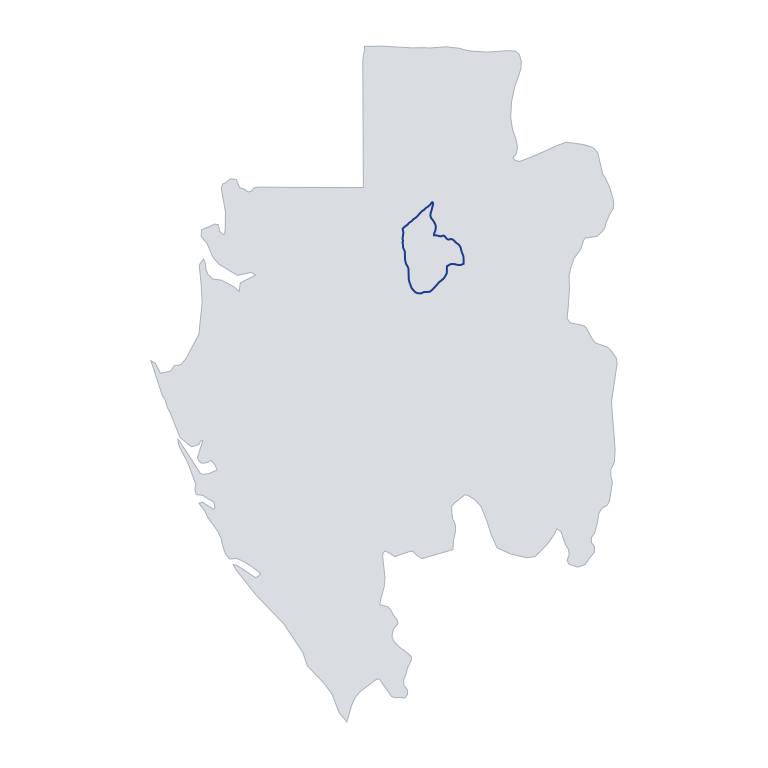 Mvoung, Ogooué-Ivindo, Gabon shown in context
{"feature_id": "22940354B15845982668686", "entity_name": "Mvoung", "entity_type": "district", "adm_level": 2, "iso_a3": "GAB", "parent_name": "Gabon", "parent_adm1": "Ogooué-Ivindo", "projection": "equal_earth", "projection_center": [12.149, 0.446], "detail": "fine", "context": "in_parent", "style": "outline", "palette": "blue", "viewbox_px": 768, "rotation_deg": 0, "n_neighbors": 0, "source": "geoboundaries", "source_scale": "gbopen_adm2", "svg_char_len": 5268}
<svg xmlns="http://www.w3.org/2000/svg" viewBox="0 0 768 768"><path d="M521.3,61.4L520.9,69.0L514.5,87.6L511.5,101.9L510.7,117.2L512.5,129.5L515.6,138.2L517.6,147.8L516.0,154.4L513.0,157.3L515.1,160.6L519.7,161.4L527.7,158.5L539.8,153.4L555.8,146.1L566.3,142.1L583.6,144.6L592.9,147.4L597.7,152.6L602.8,174.5L605.3,177.8L609.5,187.1L613.0,198.3L613.8,204.0L613.4,208.1L609.8,214.2L605.9,223.1L604.5,228.5L601.2,232.5L597.0,236.4L585.4,238.0L583.6,240.3L580.4,249.8L574.3,257.9L571.5,265.5L569.0,275.6L569.5,288.1L568.3,306.2L567.0,318.4L570.1,322.7L583.9,325.7L586.6,328.1L590.3,335.7L595.0,342.8L607.7,347.3L612.6,352.7L616.6,358.7L617.1,363.6L614.2,383.2L611.5,402.0L612.5,416.3L613.6,430.0L615.1,450.0L614.4,462.1L610.8,469.5L610.8,475.4L612.4,482.4L609.3,501.8L607.2,505.1L601.5,508.7L598.6,513.9L597.6,522.1L594.6,533.3L591.4,537.4L591.4,542.6L594.4,546.4L594.4,552.2L588.7,559.2L585.3,564.5L577.8,567.1L569.1,564.3L567.1,560.5L569.2,554.4L568.5,549.6L565.5,544.6L560.9,531.5L556.8,528.8L554.5,534.1L547.5,544.0L535.1,556.7L526.4,557.7L510.4,553.9L497.0,547.8L490.6,532.9L486.7,520.6L481.0,506.3L474.5,499.5L467.6,495.2L464.6,494.9L454.7,502.9L451.8,506.0L451.8,512.7L452.7,518.9L454.3,521.9L455.5,525.9L455.3,532.1L453.5,540.4L452.9,549.6L422.1,558.6L416.8,555.3L412.9,551.2L408.3,551.9L394.9,556.6L390.0,553.4L385.1,551.0L382.9,553.0L382.7,556.9L385.0,578.4L384.2,586.7L381.2,597.4L379.7,604.7L387.8,606.7L390.8,610.1L393.7,615.5L397.6,620.6L397.9,623.6L393.4,629.3L391.9,636.2L394.0,641.6L399.6,647.3L407.7,653.2L411.6,657.0L411.2,660.5L407.5,668.0L406.0,674.4L403.5,680.1L404.0,685.4L407.7,690.3L407.3,694.7L404.8,698.1L399.7,697.4L395.5,697.8L391.6,696.5L379.6,679.4L377.0,678.9L359.6,692.0L355.2,697.4L351.7,705.2L346.8,721.9L338.9,712.2L332.1,694.3L324.1,683.4L307.3,665.6L302.9,652.6L283.7,623.8L256.1,595.1L236.2,570.1L233.2,564.6L236.6,565.2L255.8,577.7L258.4,576.3L260.6,573.5L252.3,567.0L244.4,561.8L237.0,558.6L229.5,558.9L225.3,553.6L222.6,545.6L221.2,538.7L217.9,531.5L207.4,516.7L204.8,511.0L199.0,503.2L202.5,502.2L213.9,509.6L214.9,506.7L213.9,502.3L202.5,495.2L196.3,494.7L194.9,489.8L195.8,484.0L187.6,462.4L179.1,446.3L177.8,438.6L200.6,473.7L203.7,474.3L207.7,474.0L217.1,470.1L215.3,465.4L211.1,460.4L206.9,462.7L201.6,463.2L198.8,461.0L197.5,457.4L202.9,440.4L200.5,441.2L198.8,444.3L195.9,445.7L191.3,446.6L180.1,437.5L170.2,412.8L167.6,407.8L164.9,399.2L162.3,395.6L150.9,360.6L155.3,363.2L160.4,373.3L170.5,371.2L174.5,365.3L177.9,365.5L181.4,364.2L185.9,358.7L198.8,334.5L202.2,302.7L201.1,283.7L199.2,265.0L203.5,259.0L205.2,262.9L206.0,269.6L208.0,274.5L212.6,279.0L221.2,280.1L234.4,287.1L239.1,291.5L240.4,282.7L255.7,275.1L251.1,272.4L237.5,275.4L218.9,264.2L212.8,257.0L207.0,243.4L201.1,236.3L201.5,229.9L214.8,224.1L218.3,224.7L219.8,231.7L223.4,234.6L224.7,233.7L225.3,227.7L225.4,211.6L221.3,188.6L222.5,184.1L226.2,182.5L229.5,179.5L231.7,178.9L236.2,179.5L238.5,184.8L239.7,187.8L244.3,189.1L248.0,192.0L251.3,191.2L253.9,187.9L257.9,187.2L270.0,187.2L281.0,187.3L302.9,187.4L324.9,187.5L346.8,187.6L363.3,187.6L363.3,174.5L363.2,154.2L363.1,130.2L363.0,107.2L362.9,85.9L362.8,60.7L363.7,53.5L364.8,50.5L364.4,46.4L381.4,46.1L412.1,47.9L425.5,47.7L429.3,48.0L446.1,46.8L459.7,48.3L465.4,50.1L470.6,51.0L486.9,52.1L508.2,50.7L515.4,51.1L519.4,54.6L521.3,61.4Z" fill="#d9dde1" stroke="#a8b0b8" stroke-width="1"/><path d="M432.2,202.2L431.4,203.0L430.4,204.4L429.3,205.5L427.8,206.7L425.6,208.2L423.9,210.0L422.8,210.6L421.9,211.2L420.1,213.1L416.8,216.8L414.8,218.4L413.5,219.1L412.5,220.3L411.7,221.1L410.3,222.0L409.0,222.9L407.8,224.4L406.3,225.6L404.8,226.6L403.3,228.0L402.7,228.6L402.8,229.3L402.9,230.7L403.2,231.6L403.4,232.7L403.2,234.0L403.0,235.3L402.9,236.7L402.6,237.6L402.5,238.5L402.6,239.3L402.9,240.0L403.1,240.9L402.9,241.6L402.5,242.3L402.6,243.3L402.9,244.0L403.0,244.9L403.0,246.4L403.0,246.8L403.1,247.6L403.5,248.4L404.1,249.9L404.8,251.4L404.9,253.3L404.9,255.4L405.0,256.9L405.0,258.1L405.1,259.5L405.3,261.1L405.7,262.6L406.2,264.1L407.2,265.9L408.0,267.3L408.5,269.0L408.7,276.7L408.8,279.4L409.3,281.7L410.3,284.5L410.9,286.2L411.7,288.2L413.2,290.0L414.8,291.7L415.9,292.5L417.3,293.1L419.1,293.3L421.2,293.4L422.5,292.8L423.6,292.1L425.8,292.0L428.2,291.9L429.6,291.8L430.9,290.9L432.5,289.5L436.4,285.4L439.3,281.9L440.3,281.3L441.5,280.5L442.3,279.4L443.1,279.2L444.2,277.8L446.4,274.1L446.8,273.0L446.9,269.1L446.9,267.0L447.0,266.1L448.3,265.5L449.0,265.0L450.5,264.2L451.7,264.0L454.2,264.1L455.3,264.2L455.9,264.6L457.8,264.9L459.8,265.0L461.2,264.9L462.4,264.2L463.6,263.8L463.6,259.0L463.4,256.5L463.1,255.4L462.4,253.7L461.7,251.8L461.0,249.3L460.8,248.1L460.1,246.5L459.3,245.2L458.6,244.6L457.6,243.7L456.6,243.1L455.5,242.2L454.6,241.1L453.4,240.0L452.0,239.2L451.0,239.0L450.0,239.2L449.3,239.5L448.1,239.5L446.8,238.8L445.8,237.7L445.1,236.7L444.2,235.8L443.1,235.6L442.5,235.7L441.5,236.3L440.8,236.3L438.9,236.1L437.9,235.6L436.2,235.4L434.0,235.3L434.1,233.5L434.7,232.1L435.3,230.7L435.5,229.6L435.8,228.0L435.8,226.3L435.2,224.2L434.3,222.5L433.4,220.9L432.1,219.2L431.3,218.3L430.7,216.9L430.4,215.7L430.5,213.9L431.0,212.1L431.5,210.3L431.9,208.9L432.4,206.9L432.8,205.5L433.0,204.2L433.1,203.2L432.7,202.6L432.2,202.2Z" fill="none" stroke="#1e3a8a" stroke-width="2"/></svg>